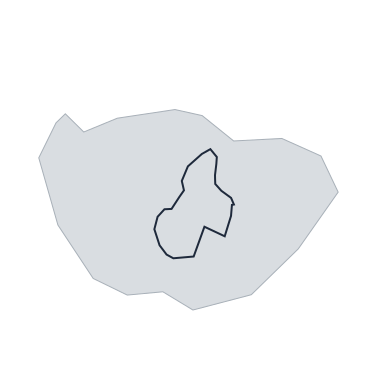 Moka on a map of Mauritius (Mercator projection), rotated 70°
{"feature_id": "MUS-5186", "entity_name": "Moka", "entity_type": "District", "adm_level": 1, "iso_a3": "MUS", "parent_name": "Mauritius", "parent_adm1": "", "projection": "mercator", "projection_center": [57.579, -20.265], "detail": "fine", "context": "in_parent", "style": "outline", "palette": "slate", "viewbox_px": 384, "rotation_deg": 70, "n_neighbors": 0, "source": "natural_earth", "source_scale": "10m", "svg_char_len": 772}
<svg xmlns="http://www.w3.org/2000/svg" viewBox="0 0 384 384"><g transform="rotate(70 192 192)"><path d="M239.5,314.4L177.2,329.3L107.5,324.3L80.5,296.1L75.2,284.3L98.6,273.2L97.1,237.0L108.7,179.8L123.7,156.3L158.3,135.4L172.4,89.3L202.3,58.5L242.1,54.7L281.8,111.6L308.8,171.4L303.2,231.5L275.8,253.5L266.7,288.1L239.5,314.4Z" fill="#d9dde1" stroke="#a8b0b8" stroke-width="1"/><path d="M218.1,156.9L217.8,158.9L227.8,163.5L244.8,176.4L228.9,192.2L253.2,212.5L247.9,232.2L242.1,237.3L231.0,240.7L214.1,240.1L203.5,232.8L198.8,223.8L200.9,217.0L192.4,205.7L187.7,199.0L178.1,197.8L166.5,187.1L159.6,169.7L158.0,160.1L167.6,156.7L173.9,159.5L184.0,164.6L187.8,165.9L192.4,167.4L200.9,164.0L210.9,157.3L218.1,156.9Z" fill="none" stroke="#1e293b" stroke-width="2"/></g></svg>